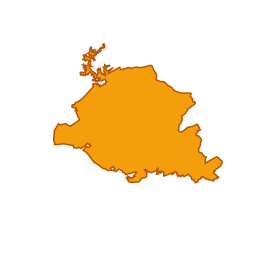 outline of Acámbaro, Guanajuato, Mexico, rotated 240°
{"feature_id": "50627088B76042222329638", "entity_name": "Acámbaro", "entity_type": "district", "adm_level": 2, "iso_a3": "MEX", "parent_name": "Mexico", "parent_adm1": "Guanajuato", "projection": "equal_earth", "projection_center": [-100.633, 20.071], "detail": "fine", "context": "isolated", "style": "filled", "palette": "amber", "viewbox_px": 256, "rotation_deg": 240, "n_neighbors": 0, "source": "geoboundaries", "source_scale": "gbopen_adm2", "svg_char_len": 5942}
<svg xmlns="http://www.w3.org/2000/svg" viewBox="0 0 256 256"><g transform="rotate(240 128 128)"><path d="M51.1,157.8L50.2,159.2L49.4,158.8L46.9,159.0L46.6,160.1L46.6,161.8L47.8,162.3L48.0,163.0L47.6,166.1L48.0,166.7L48.7,166.9L48.9,168.0L45.1,169.8L43.8,171.4L42.0,172.8L41.3,174.1L39.8,174.9L39.4,175.6L40.2,176.1L40.3,177.7L39.7,179.8L40.1,180.0L39.8,181.3L40.2,181.9L41.1,181.6L41.7,180.8L42.9,180.9L44.8,180.1L46.5,179.9L47.5,180.6L47.1,181.5L48.0,181.6L48.7,188.9L51.0,192.4L53.1,192.8L54.9,191.7L56.3,191.7L58.7,190.4L58.9,182.8L58.8,177.2L62.8,179.7L63.0,180.5L63.8,181.3L64.8,180.0L66.4,179.7L66.9,179.2L68.7,179.6L68.9,179.2L69.5,179.3L71.1,177.6L72.8,177.7L74.3,178.6L77.4,182.5L79.6,184.0L79.8,184.7L80.8,185.7L84.1,185.6L87.0,184.5L87.1,183.5L88.3,183.4L89.4,184.5L89.4,185.7L89.7,186.4L90.8,186.7L90.6,187.7L90.2,187.8L90.3,189.8L92.0,189.5L93.6,190.0L96.6,189.9L97.2,184.2L98.5,181.1L98.6,178.5L98.2,177.2L97.6,172.7L98.6,171.4L100.5,170.1L102.3,172.0L104.6,173.2L105.6,175.7L108.0,179.1L111.4,180.4L111.9,185.0L114.3,189.3L114.5,192.1L115.2,194.8L115.1,197.1L115.9,198.8L116.6,199.0L117.5,198.7L118.2,197.5L119.9,197.8L120.6,198.5L124.5,197.9L126.1,199.9L126.7,199.7L127.8,198.1L131.5,191.8L136.3,187.2L139.2,186.2L141.2,186.2L143.3,185.1L144.3,184.0L149.2,182.7L150.6,181.6L152.2,179.1L156.1,176.3L158.3,178.5L160.0,179.3L162.6,179.6L163.3,179.2L164.5,179.2L169.5,179.8L170.6,179.4L171.1,178.6L173.0,171.8L174.6,167.9L176.3,166.3L177.4,163.4L177.9,160.9L180.5,158.2L180.4,156.3L182.4,150.7L184.7,151.2L185.0,138.3L186.5,139.5L186.7,141.5L187.5,144.3L187.4,145.4L187.7,144.2L187.4,141.4L188.3,137.9L190.5,138.4L191.3,139.5L191.1,143.9L191.9,142.4L192.5,140.1L194.4,139.5L193.0,138.4L192.8,137.9L193.1,137.1L191.7,137.1L188.8,135.3L186.8,135.9L184.5,134.7L185.5,133.8L186.3,134.5L186.4,133.8L187.1,134.0L187.1,133.6L187.8,133.4L187.5,132.8L188.0,132.3L188.9,132.6L189.6,131.7L190.6,132.9L191.4,132.7L193.2,133.7L193.1,133.3L193.6,132.8L195.1,131.9L192.9,132.0L193.6,130.3L190.9,129.9L190.6,129.0L188.7,126.9L192.3,127.0L195.2,125.3L198.1,125.0L199.3,124.5L200.6,125.4L199.5,127.3L200.7,126.7L206.3,130.1L207.2,131.4L204.9,132.4L203.7,132.3L204.3,133.0L203.8,133.4L207.6,133.2L209.6,132.0L209.7,132.6L208.8,132.7L207.5,133.7L207.7,135.4L208.2,135.4L208.8,135.9L208.1,136.5L207.4,136.1L207.7,136.6L207.4,137.1L208.1,137.9L208.0,141.1L208.3,142.2L208.7,142.6L208.7,143.4L209.2,143.4L210.4,145.3L209.6,146.5L209.2,147.9L210.3,148.7L211.9,148.7L212.4,149.5L213.2,148.6L212.4,147.6L211.6,147.4L210.7,147.8L210.1,147.3L211.2,144.5L210.7,142.9L210.1,142.5L210.0,139.8L209.3,138.4L210.2,137.3L211.4,138.1L210.8,136.7L211.3,136.5L211.3,134.7L212.3,135.2L212.9,136.9L213.5,135.4L214.5,135.4L216.2,136.7L216.6,135.9L214.8,134.0L213.6,133.6L212.8,131.7L212.8,130.3L211.9,131.2L210.6,131.1L209.1,129.9L208.6,130.3L208.5,129.8L209.9,128.5L211.2,128.2L211.9,128.5L212.4,127.9L212.1,128.0L211.6,127.0L212.0,127.2L211.9,126.5L212.2,126.4L212.2,126.9L212.6,127.2L212.5,126.1L213.1,125.8L212.2,125.3L211.7,125.6L210.2,125.2L209.8,124.5L210.1,123.6L209.8,122.6L209.3,125.0L208.9,125.0L208.5,124.2L207.6,124.6L207.1,124.0L207.6,125.7L206.2,128.0L205.3,127.8L205.1,127.0L203.8,125.7L202.6,125.9L202.6,123.7L202.8,123.1L203.6,122.7L203.2,122.0L204.3,121.3L204.9,121.4L204.6,121.1L205.0,120.5L203.8,121.0L203.1,120.7L203.2,120.0L202.5,119.6L202.3,120.4L201.3,120.9L201.5,121.6L200.9,122.0L200.4,121.6L200.4,119.9L199.6,120.9L198.9,121.0L199.0,119.6L198.1,119.6L197.8,118.7L198.3,117.9L198.1,117.1L199.0,116.4L199.8,115.2L199.5,114.6L199.7,114.3L197.5,113.4L196.7,115.4L195.8,115.4L196.0,117.0L194.8,117.4L195.8,118.6L195.0,118.8L195.0,119.7L194.4,119.9L195.7,123.2L194.6,123.1L193.2,124.0L191.9,122.8L191.9,124.7L189.9,124.4L189.8,123.6L189.4,123.3L188.7,124.3L188.2,124.4L187.0,122.2L187.4,121.6L187.2,120.4L187.0,121.3L186.1,121.7L186.9,125.6L186.6,127.2L185.9,127.2L185.4,127.6L184.9,128.9L184.5,128.7L184.6,125.2L185.1,123.5L185.1,123.1L184.7,123.3L183.6,124.8L182.7,128.4L182.1,128.6L181.6,132.7L179.9,132.3L178.8,132.9L178.8,131.6L177.4,130.3L178.1,129.3L177.7,127.7L177.8,124.7L178.5,124.1L179.4,125.2L180.3,123.8L180.7,124.0L180.8,123.2L181.7,124.0L182.0,123.9L181.6,122.9L182.7,122.7L183.2,121.8L182.9,120.9L183.5,120.7L183.5,119.2L181.0,118.5L176.6,104.2L175.8,99.3L176.1,94.9L174.7,93.0L175.8,91.8L175.6,90.9L174.3,89.9L172.0,91.7L171.5,93.2L169.5,91.2L169.6,92.5L168.4,92.6L168.3,91.5L167.7,91.6L166.9,90.8L159.1,90.0L158.4,78.6L159.5,78.3L160.5,77.1L162.8,76.3L164.8,70.5L166.5,69.9L162.5,62.9L155.6,58.1L153.1,57.1L152.3,57.2L150.5,56.1L149.4,57.7L146.7,64.0L145.9,65.1L140.3,71.7L138.0,71.2L135.8,74.5L135.6,75.9L133.7,76.9L134.3,83.7L135.4,84.6L133.2,86.5L133.1,85.9L131.3,86.8L130.9,84.2L132.7,82.7L131.2,77.8L129.9,78.8L127.0,80.0L115.0,81.5L113.5,82.6L104.7,86.6L104.5,87.7L101.3,89.2L99.8,92.3L101.9,93.1L101.9,96.0L99.4,96.5L99.0,93.5L96.2,95.9L97.1,99.3L94.0,101.6L92.5,101.2L90.7,102.7L90.3,102.3L88.8,103.0L88.4,102.3L88.7,103.2L88.1,105.4L88.2,105.8L87.9,106.1L86.0,113.0L85.5,113.0L85.7,112.8L85.3,112.0L84.6,111.7L83.8,109.0L83.0,109.3L83.3,108.8L82.6,107.3L83.0,106.9L82.8,106.3L83.7,105.5L83.4,105.2L83.8,104.3L84.6,104.5L85.2,104.1L85.5,104.4L86.5,103.7L85.5,102.8L85.9,101.9L83.0,101.7L83.1,102.4L81.2,101.8L78.7,104.5L76.0,110.4L76.8,113.5L77.8,114.4L76.3,118.5L76.9,120.2L78.8,120.9L79.2,121.8L83.5,121.5L82.8,123.1L81.3,123.1L79.6,123.8L78.4,125.9L77.7,125.7L76.9,130.8L78.4,133.7L78.1,133.9L73.8,129.6L73.0,131.5L74.5,132.7L74.8,134.0L73.2,133.4L72.5,134.1L73.5,135.6L73.3,135.8L72.1,136.9L68.7,135.0L68.1,136.2L67.4,142.5L66.7,142.4L66.6,143.5L65.5,143.3L65.5,144.1L66.3,143.7L66.2,144.5L65.9,144.5L65.8,144.9L66.5,145.5L66.6,147.3L65.5,147.4L65.0,147.9L64.5,147.2L64.0,147.5L63.0,147.2L63.0,147.6L62.5,147.7L61.8,147.1L60.9,147.2L61.1,148.3L60.7,149.2L59.4,149.3L59.9,151.9L57.9,152.2L57.7,157.2L55.7,157.4L54.2,158.3L53.4,158.3L52.5,157.6L51.1,157.8Z" fill="#f59e0b" stroke="#b45309" stroke-width="1.5"/></g></svg>